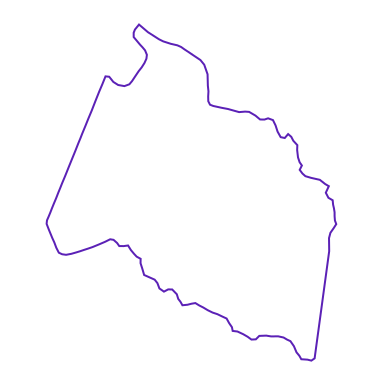 outline of São Cristóvão, Sergipe, Brazil, rotated 181°
{"feature_id": "56859067B41958446559326", "entity_name": "São Cristóvão", "entity_type": "district", "adm_level": 2, "iso_a3": "BRA", "parent_name": "Brazil", "parent_adm1": "Sergipe", "projection": "albers", "projection_center": [-37.21, -10.968], "detail": "fine", "context": "isolated", "style": "outline", "palette": "violet", "viewbox_px": 384, "rotation_deg": 181, "n_neighbors": 0, "source": "geoboundaries", "source_scale": "gbopen_adm2", "svg_char_len": 2187}
<svg xmlns="http://www.w3.org/2000/svg" viewBox="0 0 384 384"><g transform="rotate(181 192 192)"><path d="M324.1,129.0L320.8,127.5L316.8,127.0L311.5,128.1L306.6,129.6L302.9,130.8L298.7,132.3L295.2,133.5L290.5,135.2L284.0,138.0L278.0,140.7L273.0,143.3L269.6,142.8L266.0,139.7L263.8,136.7L259.5,136.7L255.0,137.4L252.1,132.9L248.9,129.2L246.2,126.4L242.2,124.3L242.2,119.9L240.3,114.3L238.4,108.2L233.2,106.0L227.8,103.7L225.0,100.3L222.9,95.0L218.3,91.9L214.1,94.2L210.1,94.2L205.4,89.5L203.9,84.9L201.6,82.0L199.6,78.6L194.5,79.2L190.5,80.3L186.7,81.0L182.8,78.7L178.7,76.7L174.2,74.1L169.3,71.8L164.5,70.3L159.5,68.0L155.2,66.1L152.6,61.6L149.7,57.5L148.9,53.8L144.1,53.3L138.3,50.7L133.8,48.2L130.0,45.5L125.6,45.8L122.2,49.3L118.7,49.5L115.3,49.7L110.4,49.0L103.3,49.2L97.9,48.1L94.4,46.1L91.0,44.6L87.4,39.6L84.7,33.5L81.8,30.1L79.8,26.7L73.6,26.4L69.7,25.5L66.5,27.8L53.8,135.2L54.2,148.3L52.9,153.6L49.8,158.2L47.2,162.4L48.6,166.0L49.0,170.2L49.1,174.3L49.8,178.2L50.7,181.8L51.2,186.2L55.5,188.6L58.2,193.6L55.3,200.2L59.0,202.3L64.4,206.4L73.1,208.2L78.9,209.8L81.9,212.4L84.7,216.0L82.6,220.4L84.9,223.6L86.6,228.4L87.6,235.8L87.5,240.7L91.6,245.0L93.7,248.9L96.9,251.6L100.2,247.6L104.3,248.4L107.5,253.9L109.6,260.0L112.3,265.3L117.2,267.0L120.8,265.7L125.2,265.7L129.9,269.5L136.3,273.1L140.3,273.3L146.3,272.7L157.4,275.6L163.8,276.7L172.3,278.4L175.5,279.6L177.3,283.0L177.5,287.7L177.3,292.9L178.0,298.6L178.5,310.0L182.0,319.5L185.9,324.1L202.2,334.6L205.4,336.8L209.2,338.4L215.8,339.8L223.4,342.1L227.6,344.1L238.8,351.0L247.9,358.5L251.9,353.4L253.1,350.2L253.0,345.9L246.6,338.5L243.9,335.7L241.4,332.8L239.5,328.4L239.9,324.5L241.8,320.1L244.5,315.7L247.4,311.9L250.7,306.8L253.9,301.8L256.5,298.6L261.4,296.7L267.7,297.7L272.6,300.7L276.8,305.8L280.5,306.1L283.6,298.0L286.6,290.6L290.2,281.1L293.7,271.6L296.9,263.6L299.8,256.0L302.8,248.4L304.5,243.8L306.4,239.0L309.4,231.0L312.5,223.0L315.4,215.5L319.1,205.8L320.7,201.8L322.1,198.3L323.9,193.5L325.6,189.2L327.7,183.5L329.9,178.0L331.8,173.1L333.3,169.0L335.0,164.7L336.5,161.1L336.8,157.6L334.4,151.7L330.9,143.6L328.8,139.2L326.7,133.9L324.1,129.0Z" fill="none" stroke="#5b21b6" stroke-width="2"/></g></svg>